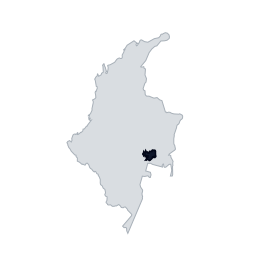 Morichal (Morichal Nuevo), Guainía, Colombia (highlighted), rotated 15°
{"feature_id": "7082276B96401380433737", "entity_name": "Morichal (Morichal Nuevo)", "entity_type": "district", "adm_level": 2, "iso_a3": "COL", "parent_name": "Colombia", "parent_adm1": "Guainía", "projection": "equal_earth", "projection_center": [-69.908, 2.404], "detail": "fine", "context": "in_parent", "style": "filled", "palette": "ink", "viewbox_px": 256, "rotation_deg": 15, "n_neighbors": 0, "source": "geoboundaries", "source_scale": "gbopen_adm2", "svg_char_len": 6443}
<svg xmlns="http://www.w3.org/2000/svg" viewBox="0 0 256 256"><g transform="rotate(15 128 128)"><path d="M143.0,33.1L141.0,34.2L137.2,35.5L134.6,41.2L132.8,42.2L130.6,45.5L128.9,49.7L127.7,58.3L124.4,65.5L124.7,65.8L126.0,65.5L127.2,64.7L127.6,64.9L128.1,66.2L129.6,66.5L130.7,72.4L133.0,75.4L133.2,76.5L133.5,79.0L132.7,80.5L132.4,85.9L133.1,87.2L134.8,87.7L135.9,91.1L136.7,91.9L137.7,92.4L140.1,91.8L144.6,92.4L145.7,92.3L148.2,91.1L151.3,92.6L153.7,92.8L160.0,102.9L160.7,102.7L161.5,103.2L163.1,102.2L164.5,102.0L166.3,102.5L168.7,102.5L173.5,101.5L174.3,100.9L176.9,101.5L177.7,102.3L178.1,104.2L177.8,105.3L176.8,106.5L176.3,108.0L176.2,109.9L175.8,111.2L174.9,112.1L174.6,113.4L174.8,115.1L174.3,122.7L174.7,123.4L175.0,126.5L176.1,130.6L176.6,131.8L177.6,132.7L179.3,136.1L178.9,137.2L174.5,142.5L174.3,143.7L175.1,143.2L176.5,143.7L176.9,145.0L180.2,148.6L180.2,150.0L181.1,152.8L180.9,153.4L183.2,161.3L183.2,162.9L181.4,163.4L181.3,158.1L181.0,157.0L178.9,152.4L178.5,152.0L177.1,152.5L174.7,156.0L173.6,156.5L172.7,156.0L171.8,154.0L171.3,153.6L170.7,155.3L171.4,156.8L161.0,156.8L159.0,156.2L156.2,157.0L156.2,164.9L161.1,165.0L162.4,167.3L162.3,169.2L162.5,169.8L161.4,170.2L159.6,169.0L156.6,170.5L154.3,170.8L154.2,179.6L155.5,181.8L158.2,184.2L158.5,185.8L158.4,187.3L159.0,189.2L159.8,190.2L159.8,191.3L160.3,192.6L155.1,229.8L153.3,227.5L152.7,225.5L151.8,224.6L150.0,225.3L148.2,224.2L154.2,211.6L154.0,210.5L148.9,207.4L148.4,206.6L146.0,205.0L144.7,205.4L144.0,206.3L142.1,206.5L140.7,205.2L138.9,204.3L136.8,206.4L136.2,206.4L134.7,207.3L133.1,207.7L131.0,206.7L129.3,207.4L128.1,207.3L127.7,206.6L126.2,205.8L126.0,205.0L126.4,203.4L125.8,200.4L125.5,199.8L124.4,199.8L123.0,198.7L122.8,198.0L123.1,196.8L122.8,195.7L121.5,193.2L119.7,192.6L118.0,190.5L116.2,189.8L115.4,188.3L114.6,185.0L112.8,182.5L111.6,181.6L111.2,180.4L109.8,180.2L108.1,178.5L107.3,178.4L106.8,179.2L105.1,178.4L103.7,177.2L102.3,176.8L101.3,176.1L99.6,173.7L97.8,172.5L96.7,173.0L96.4,174.7L95.8,175.0L93.6,174.6L93.3,175.0L92.7,174.9L90.1,173.6L87.6,173.1L86.9,170.1L85.3,169.1L84.8,167.7L83.6,167.8L79.2,165.1L77.4,163.2L75.9,162.2L74.3,160.1L74.0,159.2L72.8,158.0L73.4,156.5L74.9,155.3L76.8,156.2L77.1,154.4L76.4,152.7L76.7,149.0L77.2,148.2L78.3,147.5L79.0,147.8L79.4,147.2L81.0,147.4L81.5,147.2L82.7,145.7L83.2,144.5L83.8,144.6L85.1,142.6L84.9,140.7L86.1,140.2L87.4,137.0L88.0,136.9L88.3,135.4L90.5,130.0L89.7,130.6L88.8,130.2L89.0,128.4L88.7,128.2L88.0,129.6L87.4,128.2L87.5,125.9L86.5,126.3L86.6,125.8L88.0,124.0L88.7,120.1L88.2,118.7L87.9,112.7L87.7,111.6L86.5,110.1L88.4,108.4L89.1,107.1L88.2,104.5L87.1,102.3L87.1,101.0L87.7,101.1L88.0,97.4L87.4,96.0L86.6,96.0L84.1,90.6L83.2,89.4L83.9,86.8L84.7,85.7L84.5,83.7L85.0,83.8L86.1,85.6L86.6,85.3L88.3,83.6L88.3,82.0L89.7,80.4L87.8,74.8L87.2,74.0L88.0,72.2L88.4,72.3L89.1,74.0L90.3,75.2L92.1,78.3L92.8,78.9L92.3,79.6L92.1,80.4L92.4,80.8L93.4,80.9L93.8,80.0L93.5,76.3L93.1,74.4L92.2,73.1L92.5,72.5L94.3,71.6L98.1,68.0L99.4,64.6L100.4,63.4L101.5,62.6L102.8,62.8L103.9,62.4L104.2,61.3L103.5,59.0L104.3,55.8L104.3,54.2L104.8,53.2L104.7,52.8L103.3,54.0L104.7,51.7L105.7,48.3L111.2,42.2L114.7,43.7L115.8,43.6L114.3,44.3L114.1,45.2L114.6,46.1L115.1,46.4L115.6,45.8L116.8,42.3L117.0,40.3L117.5,39.7L118.3,39.4L121.7,40.3L125.0,40.0L130.3,34.9L134.4,32.8L135.4,30.7L135.6,29.1L136.4,28.5L137.1,28.5L137.6,27.7L139.4,26.3L141.4,26.2L143.5,27.4L144.5,29.4L144.6,30.9L143.0,33.1ZM81.1,146.8L80.8,147.0L80.3,146.6L80.2,146.0L80.5,145.5L80.8,145.6L81.1,146.8Z" fill="#d9dde1" stroke="#a8b0b8" stroke-width="1"/><path d="M160.2,142.8L160.1,142.7L159.7,142.5L159.4,142.6L159.2,142.6L159.1,142.9L158.9,142.8L158.7,142.9L158.7,143.0L158.5,142.9L158.4,142.9L158.0,142.8L157.8,142.9L157.7,142.8L157.4,142.9L157.4,143.0L157.2,143.0L157.0,143.5L156.9,143.6L156.9,143.8L157.0,143.9L157.1,144.0L157.1,144.4L157.2,144.5L156.9,144.6L156.7,144.6L156.4,144.6L156.2,144.8L155.8,144.8L155.7,144.9L155.4,144.9L155.2,144.8L154.9,144.9L154.8,146.9L154.7,146.9L154.4,146.9L154.2,146.9L154.1,147.0L154.0,146.9L154.0,147.0L153.9,147.0L153.7,147.0L153.5,146.9L153.5,146.6L153.4,146.5L153.2,146.4L152.7,146.1L152.4,146.3L152.2,146.5L152.0,146.4L151.7,146.2L151.3,146.0L151.3,145.8L151.2,145.7L151.0,145.3L150.9,145.2L150.9,147.2L150.9,147.4L150.9,147.5L151.0,147.7L150.9,147.7L150.7,147.6L150.3,147.6L150.2,147.4L149.9,147.2L149.7,147.1L149.5,146.9L149.4,147.0L149.4,146.8L149.3,146.7L149.3,147.1L149.4,147.5L149.5,147.7L149.5,147.9L149.4,147.9L149.4,148.0L149.4,148.3L149.2,148.5L149.2,148.8L149.0,149.0L149.0,149.3L149.1,149.5L149.3,149.8L149.5,149.8L149.8,149.9L150.0,150.1L150.4,150.3L150.2,150.2L150.2,150.4L150.3,150.6L150.5,150.4L150.6,150.6L150.7,150.4L150.9,150.2L151.0,150.1L151.0,150.3L151.2,150.2L151.2,150.3L151.3,150.4L151.4,150.5L151.5,150.5L151.7,150.4L151.7,150.6L151.9,150.7L152.0,150.9L152.2,150.6L152.0,150.4L152.3,150.5L152.4,150.4L152.5,150.4L152.5,150.2L152.7,150.3L152.7,150.5L152.8,150.4L152.9,150.5L153.0,150.5L153.2,150.4L153.2,150.5L153.3,150.4L153.4,150.5L153.4,150.2L153.5,150.4L153.6,150.2L153.4,150.1L153.5,150.0L153.9,150.1L154.0,150.2L154.2,149.8L154.4,149.8L154.3,150.0L154.5,150.2L154.5,150.3L154.6,150.5L154.9,150.7L154.9,150.9L154.8,151.0L154.7,151.1L154.8,151.1L154.7,151.2L154.5,151.3L154.5,151.5L154.5,151.4L154.4,151.5L154.4,151.4L154.4,151.5L154.1,151.7L154.1,151.8L153.9,151.8L154.0,151.9L153.9,152.0L153.9,151.9L153.8,152.0L153.9,152.3L153.8,152.5L153.7,152.8L153.7,153.0L153.8,153.2L153.8,153.3L153.7,153.5L153.5,153.8L153.6,154.0L153.4,154.1L153.3,154.4L153.5,154.3L153.8,154.4L154.0,154.4L154.2,153.9L154.3,153.8L154.3,153.6L154.9,153.3L155.4,153.2L155.6,153.5L155.9,153.5L156.1,153.5L156.3,153.5L156.5,153.7L156.7,153.8L156.8,153.7L156.9,153.8L157.0,153.7L157.1,153.8L157.2,153.7L157.3,153.6L157.6,153.5L157.8,153.4L157.9,153.1L157.9,152.8L158.0,152.7L158.4,152.4L158.5,152.2L158.5,151.9L158.7,151.7L158.8,151.7L158.9,151.4L159.0,151.3L159.0,151.2L159.1,150.9L159.3,150.7L159.3,150.4L159.4,150.2L159.4,149.9L159.5,149.9L159.4,149.7L159.5,149.7L159.4,149.7L159.5,149.4L159.8,149.4L159.9,149.2L160.0,149.1L160.2,149.3L160.3,149.3L160.4,149.2L160.4,149.3L160.4,149.5L160.5,149.6L160.4,149.6L160.5,149.6L160.8,149.7L160.7,149.7L160.8,149.6L161.0,149.5L161.3,149.4L161.5,149.3L161.5,149.2L161.8,149.1L162.0,148.9L162.1,149.0L162.2,148.9L162.2,149.0L160.7,143.9L160.7,143.6L160.6,143.4L160.4,143.1L160.2,142.9L160.2,142.8Z" fill="#0f172a" stroke="#020617" stroke-width="1.5"/></g></svg>